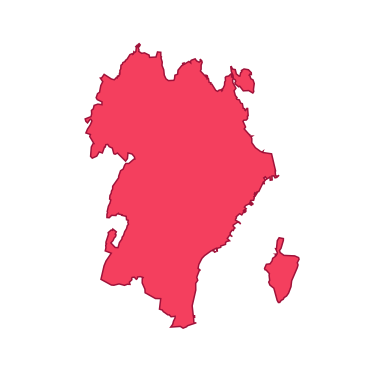 Horten nor, Vestfold, Norway, rotated 20°
{"feature_id": "86288312B28519776233063", "entity_name": "Horten nor", "entity_type": "district", "adm_level": 2, "iso_a3": "NOR", "parent_name": "Norway", "parent_adm1": "Vestfold", "projection": "albers", "projection_center": [10.422, 59.398], "detail": "fine", "context": "isolated", "style": "filled", "palette": "rose", "viewbox_px": 384, "rotation_deg": 20, "n_neighbors": 0, "source": "geoboundaries", "source_scale": "gbopen_adm2", "svg_char_len": 5927}
<svg xmlns="http://www.w3.org/2000/svg" viewBox="0 0 384 384"><g transform="rotate(20 192 192)"><path d="M233.5,319.2L240.8,313.4L238.9,314.4L238.1,313.4L236.3,309.1L237.3,308.8L236.7,307.4L235.5,307.8L231.1,298.9L229.1,282.9L226.7,276.5L227.6,273.0L225.6,270.5L225.7,262.9L226.8,262.8L223.8,261.7L223.2,257.8L223.7,253.5L224.1,250.8L225.6,247.4L229.8,241.2L230.9,240.0L232.0,240.3L231.1,239.7L231.5,239.2L233.7,240.8L235.1,239.8L233.7,240.4L231.7,239.0L234.0,236.6L235.6,238.8L235.4,239.5L236.0,238.8L234.8,236.4L237.9,234.2L237.5,232.9L241.4,229.8L240.8,227.9L241.7,226.5L244.0,225.0L241.0,223.5L242.2,219.6L245.2,220.1L243.1,219.5L241.8,217.5L242.8,214.1L244.0,214.0L244.1,211.6L244.6,211.1L242.4,210.1L242.0,209.1L245.1,204.8L247.0,204.6L248.7,205.6L247.1,204.3L242.5,203.6L242.2,202.5L242.6,201.1L242.0,200.2L244.1,196.1L246.6,196.5L247.5,192.8L248.5,193.2L248.9,192.5L246.8,192.1L247.3,190.8L249.0,191.4L249.1,192.2L249.2,191.3L248.1,190.7L248.7,189.2L246.4,188.3L247.1,186.3L249.7,183.6L252.9,184.3L249.8,183.4L250.0,182.4L254.0,183.1L249.7,182.2L253.8,182.5L250.0,180.7L250.0,179.9L252.7,178.7L252.5,176.2L251.8,175.2L252.7,174.5L253.3,171.7L251.8,173.3L251.3,172.8L251.3,171.2L253.0,171.3L253.0,169.8L254.6,168.7L255.6,158.7L257.4,160.0L256.1,157.8L256.8,155.9L254.6,154.2L255.7,152.6L257.7,153.9L257.2,155.1L260.1,151.3L261.5,154.2L263.2,153.2L261.6,149.7L263.2,148.8L265.2,150.3L266.7,149.3L268.1,146.5L266.6,148.1L264.9,148.0L263.0,143.9L263.3,143.6L253.7,128.9L245.4,130.6L244.8,130.6L244.8,129.6L244.3,130.5L242.3,130.4L236.4,128.7L231.3,125.2L230.0,121.5L228.6,119.9L229.4,118.9L227.7,119.5L226.6,118.8L227.0,117.9L226.5,118.7L219.5,114.9L220.1,112.6L215.7,108.1L216.2,106.8L218.4,105.8L219.1,104.0L218.1,101.8L218.7,101.1L215.7,94.5L215.1,94.6L214.4,97.2L213.8,97.1L212.9,95.7L211.6,95.9L209.1,91.8L207.3,91.8L205.0,89.3L202.4,89.5L201.6,88.7L202.0,87.9L199.7,86.5L196.9,82.5L197.8,79.5L192.9,75.2L191.9,73.0L191.9,71.3L194.3,71.8L195.3,73.1L195.0,74.6L195.8,75.7L199.9,77.2L200.7,76.3L205.6,79.4L210.6,77.3L215.3,78.2L215.7,76.6L214.7,74.7L213.4,68.8L211.0,65.8L208.5,65.4L206.7,63.0L205.8,62.8L205.9,61.6L207.6,61.3L206.9,59.6L203.2,57.8L198.8,58.6L196.9,60.9L197.6,61.9L196.9,63.4L197.4,66.6L196.7,67.0L193.3,65.9L190.8,62.2L188.0,62.6L186.1,60.7L185.6,61.1L187.8,65.4L190.6,68.3L191.8,70.6L189.8,70.3L189.8,69.2L188.2,67.9L186.8,70.5L184.6,71.8L184.1,73.0L185.4,76.0L185.1,77.5L186.0,80.5L185.7,84.1L184.7,85.5L185.8,85.8L185.5,86.9L184.4,86.0L182.6,87.0L181.6,88.7L179.5,88.4L173.8,83.9L172.6,84.1L172.4,82.9L170.6,83.1L168.7,79.9L167.5,80.4L167.6,79.0L166.5,77.5L165.5,77.5L167.1,79.7L158.5,75.4L158.6,73.6L157.2,69.7L157.2,66.7L156.3,65.4L154.7,64.6L154.4,65.0L155.2,66.3L154.3,67.6L151.4,67.2L149.4,65.8L146.3,68.4L145.9,69.8L146.6,71.1L144.4,70.4L141.2,74.4L140.2,75.1L140.2,73.6L139.2,74.4L140.1,75.6L139.1,76.8L137.2,82.3L138.2,86.2L136.0,88.1L136.9,91.9L136.7,93.3L131.7,95.4L128.9,94.6L126.0,91.7L123.6,86.8L120.5,83.3L119.6,80.1L116.9,76.5L117.1,75.5L116.2,74.9L114.9,71.4L111.7,72.2L112.0,77.5L106.1,80.0L104.8,78.0L99.8,77.5L97.3,78.9L93.9,78.1L93.6,76.6L91.8,74.5L92.7,73.6L93.0,71.5L91.6,70.7L91.1,71.5L92.0,71.7L92.1,72.5L90.1,73.0L89.9,73.5L90.5,73.7L89.5,74.7L90.3,75.3L91.2,79.3L90.5,80.5L89.4,80.1L89.7,82.2L89.3,83.0L88.5,82.5L86.7,84.1L85.6,89.3L84.4,91.2L84.6,92.2L82.8,94.0L82.8,95.9L81.9,97.2L82.9,100.5L82.7,102.7L83.4,104.1L83.2,105.3L83.9,105.6L83.8,106.8L82.6,108.4L83.3,108.6L82.3,109.7L82.5,110.4L81.8,110.3L80.6,113.1L77.7,113.4L69.2,111.5L68.1,115.6L66.9,116.3L70.4,118.8L69.9,123.2L71.0,129.9L69.6,131.9L69.7,136.2L71.4,137.6L76.6,138.1L77.5,140.8L73.5,141.6L70.4,144.1L70.8,147.6L69.6,149.7L71.0,152.9L71.3,155.7L66.6,159.9L68.1,161.9L70.2,162.8L71.3,158.9L71.9,158.3L73.3,159.1L73.7,160.1L73.4,164.1L72.3,168.7L72.1,172.8L76.9,172.7L76.9,174.8L83.1,179.9L82.6,180.0L82.0,184.1L84.5,193.2L86.7,194.3L90.2,190.9L91.1,186.1L94.4,186.0L94.4,179.6L95.1,179.4L94.8,177.0L96.5,176.1L98.7,177.7L102.1,178.0L105.4,182.7L106.8,182.8L108.7,180.9L119.0,185.7L119.9,182.7L118.5,177.2L122.6,176.8L125.8,178.6L127.0,180.6L126.1,181.1L122.9,186.8L120.1,187.8L119.5,190.0L119.5,193.9L117.6,196.5L117.7,202.3L118.2,203.7L115.5,213.7L116.4,216.5L116.0,218.6L116.5,220.8L116.1,223.3L117.0,226.8L118.4,227.2L118.7,230.5L118.3,234.0L119.0,239.4L119.7,240.2L119.7,242.0L120.8,245.1L123.0,244.5L124.5,241.4L128.6,240.1L128.6,239.1L130.1,237.2L130.7,237.8L134.0,237.3L134.0,237.9L138.5,237.4L140.0,240.5L141.7,240.4L142.2,242.7L143.3,244.0L142.7,245.8L143.0,248.8L142.3,252.3L142.5,256.3L141.8,258.3L142.2,260.2L141.1,264.3L141.5,269.6L138.8,270.4L133.2,267.6L134.4,264.6L134.6,261.8L135.4,260.1L135.3,258.3L134.2,257.8L134.5,255.3L130.3,253.9L130.4,255.2L129.1,255.3L127.1,258.9L128.0,260.2L128.3,268.5L128.8,269.9L129.4,270.0L129.1,271.5L130.2,273.8L130.6,277.0L137.1,277.1L134.8,286.3L134.6,291.4L136.3,305.2L148.0,307.0L150.5,306.3L154.9,303.3L160.5,302.8L162.8,300.8L165.3,300.0L164.0,298.2L165.5,295.0L164.8,294.0L165.0,292.7L167.0,291.8L169.5,293.1L170.2,292.1L169.9,290.5L172.3,289.2L175.3,289.1L174.9,290.5L176.3,294.5L181.0,299.4L182.4,302.7L194.1,304.6L199.1,302.9L201.5,313.2L204.5,313.1L205.9,314.2L211.4,315.7L212.7,315.2L215.0,316.4L218.7,314.6L219.2,316.3L218.8,319.6L219.1,323.0L218.2,326.2L227.0,322.3L230.2,323.0L233.0,320.5L233.5,319.2ZM293.8,204.5L289.5,205.2L288.8,208.6L290.8,216.5L290.0,216.7L292.9,219.7L293.1,221.2L291.8,221.8L292.9,221.9L292.9,222.8L291.4,223.0L292.2,223.1L292.4,224.0L290.5,226.7L290.8,229.4L289.9,232.8L286.6,234.5L286.3,239.0L287.2,240.1L288.5,240.0L292.7,242.3L292.9,243.8L295.2,248.5L294.9,250.4L297.0,252.8L301.8,254.4L309.1,264.7L311.0,266.3L312.2,265.8L312.9,263.3L314.4,261.7L314.7,259.7L316.4,257.4L317.3,254.0L317.4,247.2L316.0,241.3L316.8,227.3L316.6,224.3L315.1,222.4L315.6,218.6L314.6,217.2L310.4,216.9L300.1,220.1L295.6,218.8L294.2,217.1L294.9,214.5L294.4,206.2L293.8,204.5Z" fill="#f43f5e" stroke="#9f1239" stroke-width="1.5"/></g></svg>